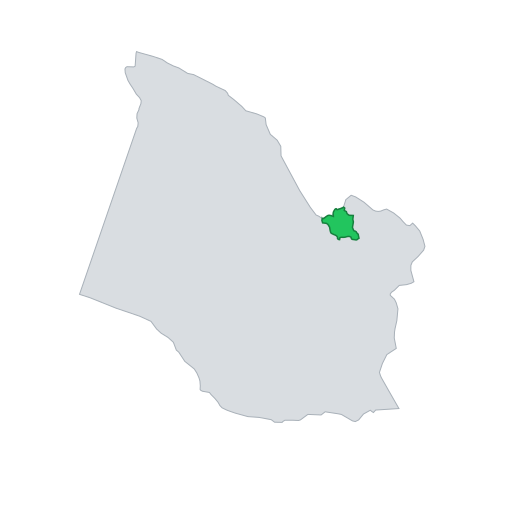 Nebbi on a map of Uganda (Robinson projection), rotated 109°
{"feature_id": "UGA-3084", "entity_name": "Nebbi", "entity_type": "District", "adm_level": 1, "iso_a3": "UGA", "parent_name": "Uganda", "parent_adm1": "", "projection": "robinson", "projection_center": [31.298, 2.468], "detail": "fine", "context": "in_parent", "style": "filled", "palette": "green", "viewbox_px": 512, "rotation_deg": 109, "n_neighbors": 0, "source": "natural_earth", "source_scale": "10m", "svg_char_len": 3316}
<svg xmlns="http://www.w3.org/2000/svg" viewBox="0 0 512 512"><g transform="rotate(109 256 256)"><path d="M349.7,410.4L343.4,410.4L333.2,410.4L323.0,410.4L312.8,410.4L302.7,410.4L292.5,410.4L282.3,410.4L272.1,410.4L261.9,410.4L251.7,410.4L241.5,410.4L231.3,410.4L221.1,410.4L210.9,410.4L200.7,410.4L190.5,410.4L180.3,410.4L174.3,410.4L173.1,410.2L172.2,409.9L168.4,410.8L164.4,413.6L160.2,414.8L155.6,414.3L155.1,414.6L152.8,414.6L149.5,414.4L146.5,415.1L144.2,417.6L141.9,421.9L137.7,426.8L134.4,431.1L131.7,434.2L125.3,439.3L121.8,440.8L120.1,440.5L119.0,439.6L117.0,433.1L115.8,432.1L103.4,435.4L101.6,435.5L101.7,433.4L100.8,418.1L100.7,408.8L102.3,402.9L103.2,396.2L103.3,390.2L105.6,380.1L104.8,374.0L107.7,352.7L108.5,349.2L109.6,338.9L111.4,335.8L113.1,334.5L115.2,328.2L119.2,318.1L122.0,312.9L121.4,301.5L121.9,293.8L122.5,292.1L128.5,289.2L136.3,282.1L139.6,273.7L144.2,268.3L153.2,264.9L179.9,236.0L192.3,220.5L197.7,212.5L197.9,209.7L198.9,205.9L196.7,203.0L194.2,200.3L193.3,197.9L191.1,196.7L187.9,196.7L185.8,194.9L183.4,191.4L181.0,189.2L173.4,189.4L167.6,185.8L167.7,181.0L170.0,171.4L174.4,160.4L174.6,157.4L174.0,154.8L172.9,152.6L170.9,150.4L169.1,147.8L170.5,139.9L173.3,132.1L175.6,128.2L177.8,123.9L177.2,120.4L173.9,118.6L175.6,115.1L179.1,109.3L185.9,103.4L191.9,99.4L195.9,99.4L203.7,102.6L210.7,106.3L214.5,106.5L219.2,104.9L228.9,98.3L231.3,100.4L234.1,104.4L237.2,111.0L243.3,114.0L246.2,116.1L248.3,116.7L249.5,116.2L251.8,111.0L254.6,108.2L259.7,104.6L271.2,101.8L279.3,100.9L282.7,100.3L288.5,98.6L297.7,93.3L306.6,100.2L316.4,101.5L325.9,101.4L328.7,99.3L330.4,97.7L340.3,86.5L353.7,71.2L362.7,92.7L365.8,94.0L365.3,95.9L364.6,97.7L370.4,102.9L377.6,105.6L380.2,108.2L380.5,111.1L378.0,123.7L378.5,127.2L380.8,139.9L385.1,142.7L388.9,155.4L396.6,160.7L397.7,162.3L399.5,168.4L401.9,175.2L403.7,176.7L404.8,177.1L407.1,184.3L405.8,188.3L407.6,200.5L410.5,211.4L411.3,224.4L411.3,230.1L411.2,233.6L410.6,238.6L409.2,241.4L406.7,244.2L404.0,248.6L401.7,253.3L400.2,255.6L401.3,262.6L401.0,264.5L400.4,265.4L396.9,266.4L392.5,268.3L389.8,270.2L385.9,273.8L382.9,277.6L378.8,289.0L372.0,297.8L370.9,300.7L364.5,306.0L361.7,312.5L359.9,320.5L357.4,326.2L352.0,334.0L350.8,346.4L350.9,371.2L349.5,399.3L349.7,410.4Z" fill="#d9dde1" stroke="#a8b0b8" stroke-width="1"/><path d="M189.6,197.1L188.9,197.1L186.3,196.6L185.5,196.1L185.2,195.5L185.4,195.2L185.7,195.0L185.8,194.7L185.7,194.2L185.5,193.9L182.3,189.8L181.3,189.1L181.8,187.7L184.2,187.4L184.6,185.0L186.3,183.8L187.2,181.3L186.0,177.2L189.8,176.4L192.1,175.0L197.6,174.1L199.7,172.3L200.3,171.4L200.2,170.0L200.5,169.1L201.3,168.3L201.8,167.3L202.1,166.5L203.2,165.9L205.7,164.4L206.8,165.3L207.7,165.8L208.2,166.5L208.6,168.8L208.8,169.6L208.9,170.3L208.8,171.1L208.5,171.5L207.5,172.1L207.2,172.4L207.1,174.0L207.5,175.3L208.2,176.5L209.0,177.6L209.7,178.9L210.6,181.7L211.6,182.7L212.1,182.6L212.7,182.4L213.3,182.3L213.5,182.9L213.4,183.6L213.2,184.3L212.8,184.7L212.1,184.9L211.3,185.4L210.7,186.5L210.4,188.0L210.4,188.9L210.2,190.7L210.0,192.3L209.1,193.3L207.7,194.2L204.8,195.8L202.7,198.3L202.2,200.1L203.0,203.8L200.9,205.3L199.2,205.6L199.3,205.5L199.2,205.3L198.5,204.2L195.3,202.1L194.1,201.0L193.6,199.9L193.4,198.5L193.4,195.7L190.6,196.9L189.6,197.1Z" fill="#22c55e" stroke="#15803d" stroke-width="1.5"/></g></svg>